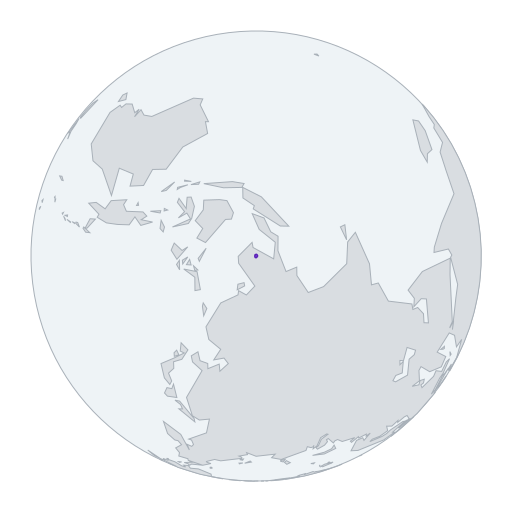 Kâmpóng Chhnang on an orthographic globe, rotated 173°
{"feature_id": "KHM-1785", "entity_name": "Kâmpóng Chhnang", "entity_type": "Province", "adm_level": 1, "iso_a3": "KHM", "parent_name": "Cambodia", "parent_adm1": "", "projection": "orthographic", "projection_center": [104.594, 12.169], "detail": "fine", "context": "on_globe", "style": "filled", "palette": "violet", "viewbox_px": 512, "rotation_deg": 173, "n_neighbors": 0, "source": "natural_earth", "source_scale": "10m", "svg_char_len": 9750}
<svg xmlns="http://www.w3.org/2000/svg" viewBox="0 0 512 512"><g transform="rotate(173 256 256)"><circle cx="256" cy="256" r="225" fill="#eef3f6" stroke="#a8b0b8"/><path d="M465.5,328.4L465.1,330.0L465.5,328.4ZM359.6,55.9L360.1,56.4L368.2,61.2L360.7,57.0L381.1,70.2L387.1,76.6L375.7,66.7L371.1,63.8L372.9,66.4L368.5,64.1L366.9,64.3L361.5,61.6L355.3,56.8L351.6,55.1L353.2,57.2L348.7,56.3L347.0,53.4L339.1,51.7L327.2,45.0L327.0,42.3L315.9,38.8L338.1,46.2L359.6,55.9ZM375.1,65.6L373.5,64.2L376.5,66.4L375.1,65.6ZM367.6,64.8L369.5,66.1L367.8,65.7L367.6,64.8ZM358.1,61.4L354.9,60.7L357.1,60.5L358.1,61.4ZM352.4,59.8L344.8,59.1L348.2,61.5L334.3,54.8L345.3,57.3L347.4,56.4L348.9,58.2L352.4,59.8ZM327.8,51.5L325.0,50.8L326.7,50.7L327.8,51.5ZM310.2,37.3L303.4,35.8L302.4,35.7L298.6,34.8L310.2,37.3ZM287.3,32.9L286.4,32.8L284.9,32.6L284.6,32.5L287.3,32.9ZM291.4,33.5L292.9,33.8L290.2,33.3L294.7,34.1L289.9,33.4L287.3,32.9L291.4,33.5ZM274.1,31.5L273.8,31.4L274.1,31.5ZM287.5,33.2L295.5,34.4L295.8,34.5L287.5,33.2ZM271.8,31.3L273.0,31.4L271.2,31.2L271.8,31.3ZM282.5,32.5L285.3,32.8L285.6,32.9L282.5,32.5ZM273.1,31.5L271.6,31.3L273.7,31.4L273.1,31.5ZM277.3,31.9L277.0,32.0L275.4,31.6L278.5,32.0L277.3,31.9ZM282.3,32.5L283.3,32.7L281.1,32.4L282.3,32.5ZM266.0,31.4L263.5,30.9L268.2,31.1L270.0,31.5L266.0,31.4ZM77.8,118.2L77.6,119.1L76.2,121.5L69.3,130.6L62.0,148.2L68.1,141.4L68.6,153.1L73.6,156.1L87.9,138.5L79.9,133.1L85.6,123.4L97.7,120.0L105.7,126.1L108.2,122.6L109.0,112.2L116.9,107.6L110.0,108.3L108.3,112.4L104.0,113.2L105.2,109.6L108.0,107.9L107.3,105.1L94.4,114.9L91.3,120.2L85.8,118.8L80.1,127.6L76.4,130.5L84.7,116.7L88.5,112.5L98.8,97.5L94.3,101.6L84.2,116.4L84.7,114.6L78.5,121.4L83.6,114.8L95.7,98.6L94.7,98.7L94.5,98.9L115.9,79.5L115.4,80.0L122.7,75.0L122.9,75.7L134.3,68.4L136.0,68.0L128.8,72.3L123.9,76.0L125.5,79.3L128.3,78.3L135.6,73.6L135.1,75.5L141.9,70.6L147.1,71.2L146.6,66.6L155.1,62.0L162.9,60.0L165.6,57.9L153.0,61.5L148.1,63.8L143.9,66.9L130.4,73.8L128.0,74.0L141.9,64.5L140.0,64.2L151.6,57.9L178.5,50.6L185.4,51.1L178.7,60.7L172.2,62.6L171.3,59.8L164.2,66.3L168.6,63.8L168.2,65.8L176.2,62.8L176.4,64.2L183.9,59.4L184.9,60.7L180.1,63.7L193.0,61.4L197.4,63.9L200.3,62.9L202.0,61.0L206.5,66.0L208.4,65.1L207.7,63.0L211.0,59.9L218.6,56.8L219.8,58.6L217.2,60.0L213.4,66.2L206.3,70.3L207.5,70.8L214.0,67.8L218.6,60.1L222.8,57.7L221.6,61.1L222.4,59.7L224.8,59.1L228.3,60.5L230.1,56.9L255.8,51.0L265.1,53.9L261.1,57.0L280.3,57.2L289.3,62.0L288.6,59.9L297.3,59.5L294.6,57.9L294.9,56.9L316.0,57.0L321.9,59.1L330.2,58.1L329.8,57.2L326.0,55.5L334.3,54.8L348.2,61.5L348.3,63.1L357.0,66.9L355.9,70.2L359.1,75.3L352.9,77.8L355.9,82.2L359.0,83.3L365.4,90.6L368.0,103.1L352.4,88.1L345.8,71.6L347.3,77.5L343.0,74.9L341.0,76.5L342.4,81.2L345.1,82.5L326.7,86.5L322.1,99.8L332.2,100.1L338.6,105.2L342.2,124.1L323.5,148.8L331.9,158.6L332.4,164.8L325.3,168.0L324.3,158.9L317.0,155.2L317.5,150.0L305.7,153.2L305.9,146.0L296.6,152.6L300.2,158.6L310.6,158.0L302.4,167.7L313.0,178.9L314.3,191.8L296.7,213.7L278.6,219.6L277.5,223.7L270.3,218.5L260.8,226.3L274.1,250.9L273.7,257.8L258.2,270.0L257.9,264.8L238.8,251.0L235.2,267.3L249.6,282.0L254.6,298.5L243.4,292.8L238.4,278.2L231.7,272.9L233.6,258.6L228.1,236.9L216.9,240.0L217.8,231.6L208.6,213.4L192.6,217.4L166.9,237.3L163.3,258.8L154.5,267.4L144.3,234.4L144.9,213.3L137.9,214.3L130.1,195.1L107.1,189.4L106.8,183.8L101.8,185.2L96.8,178.3L97.4,169.3L93.0,168.6L92.1,192.6L97.2,193.5L105.5,186.4L104.0,194.7L109.2,203.6L92.8,220.3L63.5,230.2L65.7,213.8L69.2,166.8L71.9,162.4L72.1,161.9L72.5,160.9L67.7,167.7L70.0,159.0L62.7,190.2L59.3,203.2L63.0,231.0L61.5,233.1L64.2,239.5L78.9,237.8L77.9,243.1L67.9,265.7L51.9,293.7L56.9,317.5L60.6,336.7L57.0,346.0L63.9,361.4L63.0,364.8L67.2,373.2L70.2,380.7L72.7,386.6L71.4,385.1L62.8,371.8L55.1,357.9L48.4,343.5L42.8,328.7L38.2,313.5L34.7,298.0L32.3,282.3L31.0,266.5L30.8,250.6L31.7,234.8L33.8,219.0L36.9,203.5L41.2,188.2L46.5,173.2L52.8,158.7L60.2,144.6L68.5,131.1L77.8,118.2ZM109.1,143.1L117.2,146.8L122.4,134.1L125.9,134.8L126.4,130.5L122.7,133.3L125.1,122.1L131.8,120.4L135.3,115.5L132.8,114.1L120.1,119.3L116.6,134.9L110.9,138.8L109.1,143.1ZM143.6,60.8L144.2,60.5L141.5,62.0L140.6,62.7L135.9,65.4L123.1,74.3L118.8,77.4L119.3,76.9L143.6,60.8ZM177.7,44.8L177.4,44.9L174.8,45.8L177.7,44.8ZM251.9,30.8L254.3,30.7L249.0,30.9L251.0,31.0L247.9,31.6L239.2,32.2L242.1,32.3L239.9,33.1L232.8,34.1L235.0,33.1L225.6,35.1L224.4,34.4L223.4,34.7L219.7,34.8L213.5,35.6L214.0,35.3L211.4,35.8L208.9,36.1L205.4,36.8L205.1,36.6L200.9,37.6L203.2,37.0L195.9,38.9L200.6,37.6L217.5,34.0L234.7,31.7L251.9,30.8ZM266.6,31.0L264.7,30.9L266.6,31.0ZM264.3,30.9L265.9,31.0L263.0,30.9L263.6,31.1L260.2,31.0L264.9,31.6L254.8,31.7L249.2,31.7L257.1,30.8L256.0,30.7L257.5,30.7L264.3,30.9ZM78.9,118.7L78.6,119.8L79.1,120.3L75.2,125.0L78.9,118.7ZM86.9,107.6L87.3,107.6L82.0,113.7L82.4,112.9L86.9,107.6ZM91.9,102.6L87.7,107.1L90.2,104.2L91.9,102.6ZM129.6,72.2L130.5,72.2L128.8,73.4L126.3,74.9L129.6,72.2ZM204.6,42.1L206.8,41.0L208.1,40.8L215.6,38.7L217.1,39.4L213.2,41.0L204.6,42.1ZM84.0,140.8L80.0,143.4L80.4,141.2L81.7,140.7L84.0,140.8ZM75.4,133.6L75.2,137.5L74.3,134.8L75.4,133.6ZM207.5,42.5L210.4,41.4L209.3,42.5L207.5,42.5ZM218.6,39.9L218.1,40.9L218.2,39.3L218.6,39.9ZM169.2,446.8L173.9,449.3L170.8,449.0L169.2,446.8ZM79.9,340.7L83.7,372.0L78.2,370.2L72.8,359.8L68.4,340.2L73.4,336.6L74.6,328.3L79.9,340.7ZM311.1,337.9L317.8,339.0L317.6,340.0L311.1,337.9ZM304.2,334.2L311.9,334.8L302.8,336.4L304.2,334.2ZM314.9,335.0L322.7,333.2L326.1,331.6L325.4,333.7L314.9,335.0ZM299.0,334.2L270.3,332.7L259.0,329.4L261.7,325.8L280.0,327.7L299.0,334.2ZM260.8,325.7L243.5,314.1L219.8,281.6L228.2,282.8L253.0,303.1L251.5,306.2L261.9,315.2L260.8,325.7ZM302.7,308.2L301.0,317.8L285.2,316.4L278.1,314.5L273.1,301.8L275.9,295.6L281.8,296.0L304.5,275.5L312.5,281.0L305.5,289.8L312.0,298.5L302.7,308.2ZM164.1,261.0L168.7,274.6L164.0,276.2L164.1,261.0ZM313.7,260.7L304.5,269.8L312.9,257.6L313.7,260.7ZM318.5,249.1L319.2,253.9L315.4,249.2L318.5,249.1ZM277.4,230.2L271.1,231.0L270.9,227.7L278.8,224.7L277.4,230.2ZM315.2,203.0L315.3,212.7L314.1,215.9L311.2,209.9L315.2,203.0ZM224.2,51.2L212.1,52.9L204.4,55.5L201.5,58.8L200.3,55.3L212.3,51.2L224.2,51.2ZM251.8,50.6L254.2,48.3L256.6,49.3L256.4,50.0L251.8,50.6ZM250.8,49.2L247.2,46.7L250.8,45.5L252.9,47.7L250.8,49.2ZM226.9,43.3L223.2,43.6L224.2,42.7L226.9,43.3ZM413.2,414.1L413.5,415.0L407.1,421.1L399.2,427.6L393.7,430.4L413.2,414.1ZM364.1,433.5L366.1,427.1L373.7,426.1L368.6,432.0L364.1,433.5ZM418.5,409.1L424.3,402.5L428.7,395.0L425.4,401.6L427.3,401.1L414.7,414.2L418.5,409.1ZM342.4,407.2L298.8,420.3L289.7,418.4L293.0,412.8L286.8,395.1L289.8,395.5L289.1,383.5L315.4,373.1L334.6,353.1L348.1,354.5L359.0,339.7L372.5,340.7L367.8,352.3L381.0,359.8L392.1,333.6L398.0,361.0L406.2,370.4L405.9,387.3L383.4,416.3L372.5,422.2L371.3,419.8L366.5,422.8L360.4,421.9L358.9,413.0L354.1,415.9L359.6,409.0L352.3,415.2L350.0,409.5L342.4,407.2ZM438.2,354.4L439.6,354.9L441.1,359.4L438.9,358.8L438.2,354.4ZM461.7,335.0L461.7,337.1L460.5,338.0L461.7,335.0ZM465.0,330.2L463.5,331.6L465.5,328.4L465.0,330.2ZM448.4,337.3L448.9,338.9L448.2,339.6L448.4,337.3ZM447.9,336.8L449.1,333.9L448.6,336.7L447.9,336.8ZM441.8,322.7L442.9,321.1L443.2,322.2L441.8,322.7ZM327.7,339.4L337.1,332.0L342.2,331.5L327.7,339.4ZM440.6,319.7L438.0,319.7L438.4,318.2L440.6,319.7ZM440.9,316.2L440.8,314.2L442.1,319.0L440.9,316.2ZM436.2,311.9L439.2,315.4L435.8,312.4L436.2,311.9ZM434.3,312.5L432.0,311.0L432.2,310.4L434.3,312.5ZM406.8,316.6L415.6,328.8L408.1,328.7L400.0,321.2L393.0,328.6L377.4,327.6L381.2,323.1L379.2,316.2L362.8,313.5L359.5,308.9L365.5,306.0L354.5,302.3L366.6,300.4L371.4,309.6L378.1,302.4L389.6,304.2L400.4,307.1L408.9,313.8L406.8,316.6ZM366.4,320.6L368.4,320.7L366.5,323.4L366.4,320.6ZM427.7,306.2L431.0,310.5L430.5,311.6L428.9,311.0L427.7,306.2ZM410.9,312.2L420.2,304.3L422.3,304.4L416.1,313.2L410.9,312.2ZM418.1,299.4L422.2,300.4L424.3,304.6L423.4,305.8L418.1,299.4ZM341.7,311.9L341.2,314.4L338.1,312.4L341.7,311.9ZM345.9,310.4L355.4,313.3L345.0,312.6L345.9,310.4ZM316.5,300.8L319.4,307.0L328.4,303.3L321.5,308.7L327.5,318.8L325.4,322.6L319.5,311.6L317.2,322.7L313.2,322.4L311.1,312.8L315.2,301.2L319.2,296.5L335.4,295.0L316.5,300.8ZM345.8,303.0L343.3,295.9L345.2,291.2L347.9,295.0L345.8,303.0ZM335.6,278.8L328.7,270.5L322.6,273.4L334.9,262.4L339.5,272.1L335.6,278.8ZM329.6,260.8L323.8,263.4L329.7,257.0L329.6,260.8ZM322.3,260.7L321.5,255.0L326.1,255.9L322.3,260.7ZM332.6,261.1L333.5,251.6L335.9,257.3L332.6,261.1ZM319.3,242.4L329.3,251.9L316.4,247.6L315.3,229.4L320.8,229.1L319.3,242.4ZM346.2,172.2L344.6,167.3L349.3,166.4L349.1,170.0L346.2,172.2ZM363.4,160.8L350.1,164.6L339.1,168.5L342.8,170.9L340.9,179.0L335.0,171.1L342.2,162.5L350.7,161.1L351.3,154.5L357.1,150.4L354.9,142.2L357.2,139.0L361.8,146.2L363.4,160.8ZM353.5,138.9L351.8,125.2L361.0,127.7L363.5,131.2L360.4,136.2L355.7,134.6L353.5,138.9ZM354.0,122.8L349.5,121.3L337.2,102.1L336.9,98.8L351.2,113.7L347.6,113.2L349.0,117.8L354.0,122.8ZM326.2,51.9L325.1,50.9L327.6,51.9L326.2,51.9ZM293.2,56.1L294.1,54.9L297.0,55.8L293.2,56.1ZM298.1,52.5L294.2,52.2L297.8,51.7L298.1,52.5ZM285.7,52.0L292.5,51.7L286.7,53.2L285.7,52.0Z" fill="#d9dde1" stroke="#a8b0b8" stroke-width="1"/><path d="M254.5,256.2L254.4,255.9L254.5,255.7L254.8,255.5L254.8,255.4L255.0,255.4L255.1,255.2L255.2,254.9L255.3,254.7L255.5,254.6L255.8,254.5L255.9,254.4L256.0,254.3L256.3,254.3L256.7,254.5L256.9,254.6L256.9,254.8L257.0,255.0L257.2,255.3L257.1,255.5L257.2,255.9L257.2,256.0L257.1,256.3L257.1,256.5L257.0,256.8L256.9,257.1L256.7,257.1L256.7,257.3L256.4,257.4L256.1,257.5L255.9,257.6L255.7,257.7L255.4,257.5L255.2,257.5L255.1,257.4L254.9,257.3L254.9,257.2L254.8,256.9L254.7,256.8L254.7,256.7L254.5,256.4L254.5,256.2Z" fill="#8b5cf6" stroke="#5b21b6" stroke-width="1.5"/></g></svg>